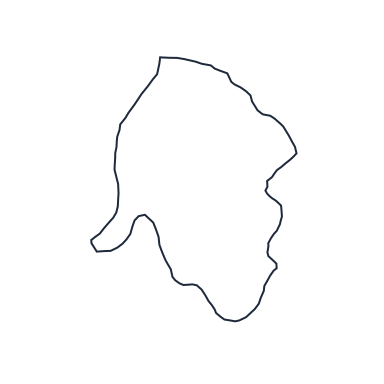 outline of Sharur District, Şərur, Azerbaijan, rotated 158°
{"feature_id": "54616110B53436270368491", "entity_name": "Sharur District", "entity_type": "district", "adm_level": 2, "iso_a3": "AZE", "parent_name": "Azerbaijan", "parent_adm1": "Şərur", "projection": "natural_earth1", "projection_center": [45.071, 39.583], "detail": "fine", "context": "isolated", "style": "outline", "palette": "slate", "viewbox_px": 384, "rotation_deg": 158, "n_neighbors": 0, "source": "geoboundaries", "source_scale": "gbopen_adm2", "svg_char_len": 1796}
<svg xmlns="http://www.w3.org/2000/svg" viewBox="0 0 384 384"><g transform="rotate(158 192 192)"><path d="M303.4,185.2L304.4,182.1L302.6,172.4L295.0,169.9L289.5,167.9L282.1,168.4L275.8,170.1L270.5,172.6L264.9,176.2L259.7,182.9L255.8,187.2L250.4,189.6L244.2,188.5L239.4,178.2L239.4,171.4L239.8,162.9L242.0,155.3L242.2,149.3L242.2,144.2L242.1,138.7L241.6,134.8L240.6,128.3L241.9,120.6L240.6,116.4L237.8,112.0L234.8,109.0L230.7,107.6L226.2,106.2L222.5,103.7L219.6,97.8L218.3,91.0L217.5,84.6L216.0,79.8L215.0,74.9L215.0,70.8L212.3,65.7L209.7,61.6L204.2,58.3L200.4,55.9L196.2,55.2L188.7,55.7L182.7,58.0L177.7,59.9L171.9,63.4L167.9,68.1L162.5,73.4L160.1,77.8L154.5,82.2L151.3,84.9L145.8,88.5L142.1,89.6L141.9,90.1L140.6,94.0L142.7,98.7L145.2,103.9L144.7,107.8L141.5,113.0L140.5,115.9L136.2,119.5L131.7,122.5L127.9,124.3L122.6,129.1L120.9,131.6L117.8,135.6L116.0,141.1L114.5,146.1L116.1,149.6L117.7,152.9L120.0,156.1L121.7,159.2L123.0,162.5L123.4,165.8L120.1,168.6L118.2,174.1L112.3,175.8L108.5,178.4L105.0,180.5L100.0,181.7L95.6,183.2L89.2,185.1L85.1,186.6L81.2,188.4L80.6,188.7L79.6,195.3L80.4,201.4L81.1,208.1L82.9,218.7L84.9,223.1L88.1,229.4L90.9,233.4L97.3,237.5L100.6,243.1L102.4,253.4L101.6,259.6L104.0,264.9L107.7,270.7L112.4,276.0L114.3,279.4L114.8,288.8L120.7,294.1L124.6,297.8L127.1,302.3L134.9,307.2L139.7,311.4L144.3,314.6L149.8,318.4L155.7,322.0L162.7,324.9L171.1,328.8L174.2,323.2L180.2,314.3L186.0,311.2L193.2,306.7L202.2,301.7L207.4,298.1L212.7,294.5L221.3,289.2L225.7,285.8L233.2,281.6L236.0,276.6L240.5,271.4L242.4,267.9L245.1,262.1L248.6,256.8L250.3,252.7L253.4,246.3L255.5,241.6L256.6,233.7L257.5,227.1L260.6,218.3L263.2,212.9L266.1,206.6L269.8,201.4L274.6,197.7L282.1,194.0L287.3,191.3L293.2,187.9L298.3,186.7L303.4,185.2Z" fill="none" stroke="#1e293b" stroke-width="2"/></g></svg>